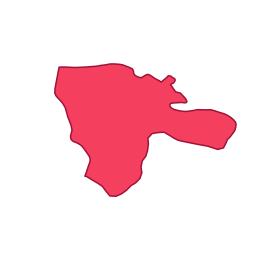 outline of Rassd, Abyan, Yemen, rotated 213°
{"feature_id": "15242507B3487968340126", "entity_name": "Rassd", "entity_type": "district", "adm_level": 2, "iso_a3": "YEM", "parent_name": "Yemen", "parent_adm1": "Abyan", "projection": "orthographic", "projection_center": [45.274, 13.725], "detail": "fine", "context": "isolated", "style": "filled", "palette": "rose", "viewbox_px": 256, "rotation_deg": 213, "n_neighbors": 0, "source": "geoboundaries", "source_scale": "gbopen_adm2", "svg_char_len": 2803}
<svg xmlns="http://www.w3.org/2000/svg" viewBox="0 0 256 256"><g transform="rotate(213 128 128)"><path d="M137.9,64.2L135.9,64.8L130.0,64.9L123.7,65.2L117.7,65.1L113.8,63.6L112.1,63.0L111.5,62.8L106.2,61.2L106.0,61.3L105.3,61.7L103.9,62.5L102.7,63.2L100.8,64.3L97.5,69.5L95.3,75.1L94.2,81.0L91.7,86.3L90.5,92.1L92.0,98.0L95.9,102.5L98.1,108.1L97.7,114.3L99.5,120.2L101.0,123.2L102.1,125.6L105.8,130.4L105.6,131.3L105.0,134.9L104.8,136.5L102.0,139.0L101.9,139.1L100.3,140.5L95.5,144.1L87.8,144.5L87.6,144.5L83.8,144.5L83.7,144.5L81.5,144.8L79.4,145.0L75.1,146.5L73.0,147.4L71.5,147.9L69.9,148.6L69.7,148.6L68.4,149.2L67.3,149.6L66.2,150.0L65.3,150.4L63.5,151.1L63.3,151.2L61.0,152.1L60.0,152.5L59.3,152.8L51.7,156.0L46.4,157.5L41.1,158.9L37.1,163.3L37.7,169.3L38.4,172.4L38.4,172.5L38.1,173.6L37.8,174.8L37.5,176.2L37.3,178.4L37.1,182.2L37.1,184.4L38.3,187.8L39.0,189.2L39.5,190.1L41.1,191.5L42.4,191.9L43.6,192.3L47.2,192.8L51.1,192.8L55.1,192.3L59.5,191.0L64.8,189.6L65.3,189.4L67.6,188.8L69.3,187.9L70.7,186.9L73.2,185.2L75.9,183.6L79.9,181.1L82.5,178.5L84.5,176.7L84.8,176.4L86.9,174.6L89.6,172.7L92.5,171.2L95.3,170.0L99.8,168.6L100.9,168.5L101.4,168.5L102.6,168.5L104.8,169.2L105.3,169.7L105.4,169.9L105.6,171.3L105.5,171.9L104.0,173.4L99.1,177.0L97.4,178.3L96.3,178.9L93.9,180.1L93.0,181.1L93.0,181.9L93.1,182.4L95.7,184.0L96.8,184.3L103.0,185.8L107.7,184.3L110.1,185.2L112.7,186.3L115.7,187.4L115.7,187.9L115.6,188.3L115.3,189.0L114.6,190.0L114.2,190.7L114.2,191.9L114.3,193.3L115.1,194.5L116.4,194.7L117.7,194.6L118.8,194.7L120.3,194.8L121.8,194.2L122.7,193.7L122.9,191.9L124.1,188.0L124.7,186.1L125.2,184.7L125.4,184.6L127.5,184.7L129.5,184.4L131.9,184.2L133.9,184.2L136.1,184.3L138.2,184.3L140.5,183.8L141.9,182.2L142.8,180.3L143.7,178.5L144.0,177.8L144.8,177.1L145.9,176.7L147.6,176.2L149.7,176.0L151.7,176.2L152.8,176.8L154.7,178.9L155.4,179.4L156.6,180.0L157.9,179.8L160.1,179.5L162.4,179.0L164.9,178.5L166.9,178.0L168.9,177.2L170.9,176.2L173.1,175.0L174.8,174.0L176.7,172.8L178.5,171.4L180.0,169.9L181.6,168.4L183.2,167.1L185.2,165.4L186.8,163.8L188.9,162.0L190.5,160.8L192.4,159.4L194.3,157.9L196.0,156.5L197.9,155.3L199.7,153.9L201.8,152.4L203.7,151.1L205.8,149.6L207.9,148.4L209.6,147.4L211.7,146.2L212.0,146.0L214.4,144.6L216.1,143.5L217.0,142.9L218.1,142.1L218.9,141.4L214.9,131.6L214.1,129.6L210.5,120.9L210.4,120.7L208.3,117.3L205.8,115.7L202.0,114.7L196.1,113.1L191.5,110.7L187.4,107.1L185.0,104.9L176.9,99.0L175.5,97.4L173.9,95.9L173.0,93.5L171.9,90.1L170.1,87.9L168.9,87.2L166.5,86.9L163.9,87.5L161.8,87.8L160.7,87.9L158.5,87.9L156.7,87.7L156.3,87.5L154.0,86.8L152.1,86.0L150.0,85.2L147.6,84.2L145.7,83.5L144.0,82.4L142.5,80.9L141.6,79.0L141.0,76.9L140.6,74.9L140.0,72.7L139.5,70.5L138.8,68.4L138.4,66.3L137.9,64.2Z" fill="#f43f5e" stroke="#9f1239" stroke-width="1.5"/></g></svg>